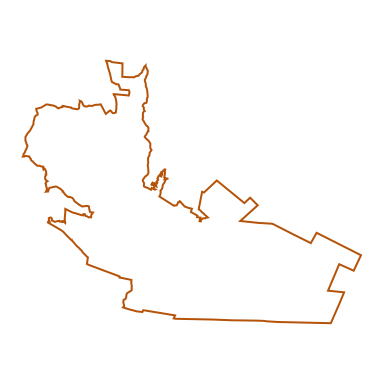 Zarnesti, Buzau, Romania (Albers equal-area conic projection)
{"feature_id": "2599482B98945764171104", "entity_name": "Zarnesti", "entity_type": "district", "adm_level": 2, "iso_a3": "ROU", "parent_name": "Romania", "parent_adm1": "Buzau", "projection": "albers", "projection_center": [26.866, 45.322], "detail": "fine", "context": "isolated", "style": "outline", "palette": "amber", "viewbox_px": 384, "rotation_deg": 0, "n_neighbors": 0, "source": "geoboundaries", "source_scale": "gbopen_adm2", "svg_char_len": 5858}
<svg xmlns="http://www.w3.org/2000/svg" viewBox="0 0 384 384"><path d="M330.8,323.2L339.5,303.4L344.1,292.3L328.0,290.7L332.5,280.2L339.2,264.2L353.7,270.7L361.0,255.2L316.6,232.8L310.8,243.1L294.1,234.8L273.3,224.2L271.9,223.7L258.4,222.9L240.3,221.0L257.7,205.3L250.1,197.7L244.4,203.1L216.8,180.5L204.2,192.3L203.9,192.5L202.1,191.8L198.7,209.3L200.5,210.6L202.1,212.4L203.8,213.6L204.8,214.8L207.8,217.4L206.6,217.6L205.3,218.3L202.7,218.4L201.3,219.7L200.8,221.4L199.5,221.1L200.4,217.6L197.0,217.2L197.4,215.6L190.9,212.0L191.9,208.7L188.1,207.8L184.7,206.5L179.8,201.2L179.7,201.2L179.3,202.2L178.2,202.2L178.1,202.4L177.2,204.5L176.7,205.2L175.9,205.5L174.6,205.4L174.0,205.8L159.4,196.5L160.4,194.5L160.7,192.1L160.5,190.6L161.9,189.1L162.5,187.5L162.7,185.1L164.2,182.8L166.2,178.8L167.5,178.8L167.5,178.6L165.7,178.6L164.7,178.9L165.3,177.8L164.3,177.2L165.0,172.9L164.8,170.8L165.2,169.5L164.6,169.4L164.2,169.7L163.8,170.3L163.1,170.7L162.1,172.7L161.8,172.2L161.4,172.0L161.2,172.3L161.3,172.7L162.2,173.1L162.2,173.8L161.6,173.4L161.2,173.5L161.1,173.8L161.7,175.6L161.0,174.8L160.7,174.0L161.4,175.5L161.0,175.6L161.1,176.4L160.8,176.3L160.6,175.0L160.1,174.3L158.6,176.5L158.4,176.4L157.4,178.6L158.2,179.4L158.2,179.8L157.7,180.0L157.6,180.5L157.2,180.8L156.7,181.5L157.2,181.8L157.3,182.7L157.2,183.1L156.9,183.6L156.1,183.3L154.5,183.2L154.4,183.5L152.6,182.6L151.9,183.6L151.6,184.2L151.8,184.3L151.6,184.8L151.8,184.9L152.2,185.0L152.8,183.6L155.4,184.8L156.0,185.5L154.2,184.6L153.9,184.7L153.7,185.3L155.1,185.9L156.0,186.0L156.1,185.7L156.2,185.8L156.4,186.6L154.6,185.9L153.9,187.4L153.4,188.0L153.4,188.4L155.3,189.4L154.7,189.6L153.7,189.1L153.5,188.7L152.7,188.6L151.7,188.0L150.9,189.8L147.6,187.8L146.2,187.5L144.0,186.4L143.8,185.5L144.1,183.8L144.0,183.1L142.9,181.0L142.8,180.2L143.4,179.0L145.2,176.5L146.7,175.5L147.6,174.6L148.5,172.7L148.1,167.3L147.7,165.2L148.2,163.1L148.2,161.9L148.0,158.4L148.3,157.5L149.5,155.1L149.6,153.1L149.8,152.5L151.5,150.1L151.5,149.8L150.5,148.6L150.4,148.3L150.2,145.7L150.4,144.1L150.2,143.3L148.9,141.2L145.8,138.2L144.7,136.9L145.4,135.5L146.1,134.9L147.8,131.5L148.5,131.2L148.2,130.5L148.5,128.0L147.6,126.4L146.1,125.3L142.5,119.2L142.9,117.8L143.2,117.3L142.7,115.9L143.0,114.5L142.9,113.1L143.5,111.9L144.0,111.4L144.7,111.1L143.8,109.4L143.8,107.4L142.7,106.1L142.7,105.7L142.9,105.0L144.4,103.2L146.1,103.0L146.6,102.3L146.9,100.9L146.9,98.6L147.6,97.2L147.7,95.8L147.2,90.5L146.4,87.2L145.8,86.4L145.8,84.0L144.8,80.5L144.8,80.0L146.2,77.1L146.3,76.2L147.1,75.0L147.5,73.8L147.8,71.1L147.7,70.5L145.6,66.3L145.6,65.5L144.1,67.1L143.9,67.5L143.6,69.2L142.6,70.2L142.4,71.3L141.9,72.4L139.8,74.2L138.3,75.9L137.3,75.9L135.5,76.4L134.3,77.2L128.8,77.2L122.3,76.8L122.5,63.4L111.8,62.1L110.6,61.2L106.1,60.8L107.4,64.1L107.4,64.8L108.0,67.4L110.0,73.7L111.3,80.1L112.0,82.0L116.0,84.1L118.5,84.4L120.0,88.2L120.3,89.6L128.9,90.2L129.1,91.0L129.5,91.8L129.1,94.3L128.6,95.6L126.9,95.3L113.7,94.1L113.7,94.7L114.7,96.0L115.4,97.4L116.4,101.7L116.3,102.8L116.6,104.3L116.3,106.3L116.4,108.1L115.8,112.5L114.0,113.1L113.0,113.2L111.8,112.2L110.9,110.9L110.3,110.5L110.0,110.5L105.8,113.9L100.7,104.3L98.0,104.8L96.9,104.7L95.1,104.9L91.9,106.0L90.8,105.8L90.0,105.9L88.8,105.6L87.6,106.4L86.0,106.5L84.5,106.3L83.5,105.4L82.7,104.0L82.0,102.1L81.1,101.4L79.8,100.8L80.0,101.6L79.1,104.6L79.2,106.7L79.0,108.2L78.9,108.5L77.2,109.3L71.9,108.3L71.5,108.1L71.2,107.6L62.6,105.9L62.5,107.0L60.3,107.5L58.3,108.4L56.4,107.1L56.0,106.6L52.9,105.4L50.8,105.3L50.5,105.0L46.5,104.4L41.0,107.6L36.2,108.8L36.7,111.3L37.6,113.1L37.7,114.5L37.0,115.1L35.7,115.6L34.8,116.9L34.3,118.6L34.1,120.0L33.5,121.7L33.5,124.1L30.0,130.7L27.7,133.2L26.8,134.6L26.5,135.4L25.5,136.8L25.4,140.6L26.2,142.4L26.5,144.0L27.3,145.2L27.4,146.1L26.8,148.0L25.3,151.1L24.9,152.3L23.5,154.2L23.4,154.8L23.5,155.8L23.0,156.5L24.5,156.5L25.0,156.0L25.4,155.9L29.3,156.5L29.5,157.3L30.1,157.9L30.3,158.4L30.8,159.0L30.9,159.7L31.6,160.7L32.9,161.6L34.7,163.6L35.5,164.1L36.9,165.5L38.6,165.9L39.6,165.7L41.7,166.6L43.3,166.7L43.2,168.5L43.5,168.8L43.6,169.5L44.6,168.7L45.2,169.5L46.1,171.3L46.3,173.9L46.3,174.5L45.7,174.5L45.8,175.6L45.1,176.5L45.2,179.1L46.1,180.2L47.5,181.2L46.1,182.1L45.5,183.7L46.0,184.1L46.1,186.3L46.9,188.0L46.9,188.5L46.7,188.9L46.5,190.8L45.9,191.7L48.1,191.5L48.5,190.2L48.3,189.8L48.9,189.2L49.4,187.8L51.0,187.6L53.2,187.0L53.6,187.0L53.8,186.8L54.5,186.9L55.5,186.5L56.4,186.6L60.4,188.8L62.8,191.1L62.6,191.7L63.5,192.1L63.9,192.9L65.3,194.7L67.8,196.8L68.6,197.0L69.8,196.9L72.1,197.8L72.8,198.3L73.6,199.5L74.4,201.1L78.3,204.1L80.7,205.7L81.4,205.9L81.9,206.4L82.6,206.5L86.4,205.9L88.7,206.2L89.9,211.9L90.4,212.2L93.0,212.5L91.2,215.1L91.1,217.3L89.6,217.2L89.1,217.5L86.8,216.2L85.8,216.1L85.0,214.3L83.5,214.1L83.4,215.4L80.1,214.8L79.9,214.6L75.8,213.4L75.4,213.1L74.0,213.0L71.3,211.9L65.3,208.9L65.2,210.2L65.4,210.8L64.7,219.0L65.0,221.8L65.3,222.5L65.2,223.0L65.1,222.9L64.9,222.4L63.7,221.6L62.6,222.1L62.0,222.0L61.9,221.8L62.0,221.5L62.5,221.1L62.2,221.1L60.0,221.7L59.3,220.8L56.3,221.4L55.4,221.8L54.5,221.7L51.8,220.4L52.1,219.9L51.6,218.2L50.8,217.5L50.0,217.6L48.8,218.2L49.0,219.6L48.9,221.3L49.6,221.8L49.8,222.0L49.7,222.5L48.3,221.6L47.9,222.5L60.8,230.0L63.1,231.6L67.0,235.8L71.5,240.2L71.8,240.0L71.9,240.3L76.9,246.2L79.3,248.2L80.4,249.6L81.4,250.3L82.7,252.3L86.9,256.6L87.9,257.4L86.9,264.0L89.5,265.2L119.5,276.4L119.8,276.8L119.5,277.5L131.4,279.9L131.3,283.2L131.8,286.1L131.6,288.0L131.8,289.8L131.3,290.6L127.1,293.2L126.6,294.0L126.1,297.6L125.8,298.6L124.9,299.3L123.6,299.8L123.3,302.6L124.1,305.0L124.1,306.1L123.0,307.4L128.6,309.2L137.0,311.4L142.4,312.0L143.3,310.2L175.1,315.4L173.7,318.4L175.7,318.8L211.2,319.5L232.5,320.3L255.8,320.6L264.3,320.9L266.6,321.3L278.0,322.0L330.8,323.2Z" fill="none" stroke="#b45309" stroke-width="2"/></svg>